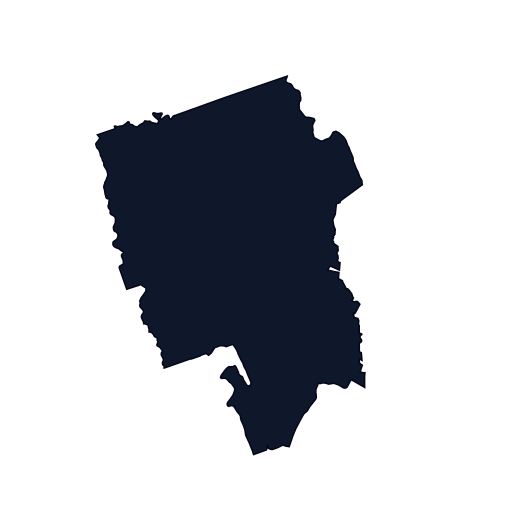 Campbelltown (NSW), New South Wales, Australia, rotated 151°
{"feature_id": "25037944B45643684874460", "entity_name": "Campbelltown (NSW)", "entity_type": "district", "adm_level": 2, "iso_a3": "AUS", "parent_name": "Australia", "parent_adm1": "New South Wales", "projection": "robinson", "projection_center": [150.89, -34.074], "detail": "fine", "context": "isolated", "style": "filled", "palette": "ink", "viewbox_px": 512, "rotation_deg": 151, "n_neighbors": 0, "source": "geoboundaries", "source_scale": "gbopen_adm2", "svg_char_len": 6138}
<svg xmlns="http://www.w3.org/2000/svg" viewBox="0 0 512 512"><g transform="rotate(151 256 256)"><path d="M128.4,266.8L128.4,267.1L126.8,270.8L126.9,274.9L126.1,279.8L125.9,284.3L125.1,289.9L125.1,291.6L123.7,294.3L123.3,295.8L122.7,302.1L122.1,306.0L122.2,308.1L121.4,312.7L121.3,314.5L121.6,317.5L123.6,323.2L124.4,324.6L125.7,326.4L128.5,326.9L129.1,326.6L130.5,325.5L132.3,324.5L134.5,323.6L135.3,323.6L139.1,324.3L141.0,324.2L142.2,324.4L143.7,325.3L145.0,327.1L147.5,331.0L147.6,331.9L146.6,336.4L144.9,338.8L143.7,342.1L142.4,343.6L141.0,344.5L140.3,345.2L138.9,345.9L138.6,347.2L138.7,347.8L138.9,348.3L140.1,349.5L142.7,351.7L144.8,353.0L145.3,353.5L145.7,354.4L147.0,362.6L146.7,363.8L145.5,366.5L144.0,368.9L143.2,369.8L141.8,370.2L140.8,371.4L139.9,373.3L139.7,374.6L139.1,376.0L138.4,377.2L138.3,378.2L138.5,379.6L139.1,380.7L140.3,381.7L140.8,382.3L141.6,384.2L141.8,385.2L141.7,386.6L141.9,388.9L142.6,390.2L144.4,391.9L145.1,393.3L144.9,394.9L144.2,395.8L142.7,396.9L141.5,398.2L207.0,409.8L258.8,418.2L259.7,418.5L261.1,418.3L263.6,417.0L264.3,417.1L264.7,418.0L264.8,418.8L264.4,420.8L264.7,421.5L265.1,421.9L266.3,422.2L267.6,422.2L272.5,421.5L273.3,421.9L273.4,422.1L273.0,423.1L269.2,425.8L269.0,426.4L269.7,427.1L271.9,427.7L273.8,428.7L275.9,430.8L276.4,431.0L277.1,430.7L277.4,430.3L277.6,429.1L277.0,426.4L275.6,422.8L275.5,421.9L275.7,421.2L276.2,420.6L277.5,419.9L278.2,419.9L278.8,420.1L279.7,420.8L282.1,422.9L283.1,424.4L283.4,425.4L285.6,426.4L287.6,428.0L288.1,428.0L288.8,427.5L290.2,427.0L293.8,427.1L295.9,426.7L296.8,426.3L297.3,426.5L299.2,428.1L300.0,429.4L300.2,430.2L300.7,431.0L302.3,432.2L302.4,433.0L302.2,435.0L302.8,435.5L307.4,434.6L309.7,434.6L313.0,435.9L314.6,436.2L315.1,436.7L315.6,437.6L316.6,438.1L317.0,438.1L317.5,435.6L336.0,438.9L335.4,435.7L335.6,434.9L337.4,433.7L340.9,432.3L341.8,431.7L342.1,431.0L342.7,427.9L342.0,424.9L342.4,422.0L343.4,418.9L343.2,417.0L344.0,413.8L343.8,411.8L345.2,408.7L345.0,403.2L345.3,401.5L345.7,400.8L345.8,399.7L347.1,397.8L348.7,396.6L350.6,394.8L352.4,393.8L353.0,392.8L353.7,392.4L355.4,390.7L355.9,389.7L356.4,387.5L358.1,382.8L358.2,381.8L358.8,380.3L358.6,378.9L358.3,378.1L356.9,377.3L356.7,376.9L357.0,376.3L358.4,374.8L359.8,372.4L360.8,372.0L361.2,371.4L361.7,369.5L361.6,368.3L361.3,367.5L361.5,366.6L362.0,365.3L362.3,365.1L362.9,364.1L362.7,362.7L360.8,359.6L360.5,358.3L360.8,357.2L361.4,355.7L363.2,353.1L366.6,350.6L367.3,349.3L367.8,347.8L367.8,346.4L366.7,344.8L366.2,343.2L366.5,341.4L367.0,340.4L368.8,338.6L370.6,338.0L373.8,337.7L374.5,337.2L375.6,335.4L375.7,333.8L375.5,333.0L374.4,331.1L372.3,328.7L371.2,325.7L370.1,324.1L370.1,323.2L370.6,322.8L372.6,322.5L373.6,321.4L373.9,320.3L374.1,317.2L375.0,314.9L375.9,313.5L376.9,313.3L379.9,313.3L380.7,312.9L381.3,312.2L385.2,289.6L370.3,286.7L370.0,285.4L367.7,281.1L369.8,278.1L370.9,278.0L372.4,277.1L376.7,275.1L379.5,273.0L380.1,270.9L381.6,269.2L382.0,268.1L382.0,267.0L381.6,266.1L381.3,264.5L381.0,262.4L382.6,260.5L384.0,260.1L384.8,259.6L385.9,258.3L386.3,255.2L386.3,252.9L387.1,251.2L386.2,250.7L384.5,248.8L384.0,248.0L384.0,247.5L384.7,245.5L385.0,243.9L386.4,241.4L384.9,240.4L384.4,239.6L383.8,237.3L383.9,234.9L383.0,233.4L382.2,232.4L382.2,231.9L383.2,230.4L383.3,228.6L385.5,226.7L385.9,226.0L385.9,225.2L384.7,223.4L384.2,222.2L383.9,219.2L383.9,218.2L385.9,217.0L386.8,215.4L386.9,214.3L386.8,213.1L387.1,210.7L387.4,209.8L389.2,208.4L389.7,207.8L390.3,206.3L390.2,205.6L389.7,204.8L389.6,204.4L390.5,203.1L390.7,202.5L362.0,197.6L362.2,197.2L353.5,195.7L353.5,196.1L347.2,195.0L346.3,193.7L345.6,192.1L341.9,192.9L336.6,195.8L330.7,194.9L327.3,192.7L326.2,191.2L319.2,190.0L318.8,187.4L318.5,184.5L318.7,180.4L319.0,179.8L319.4,174.8L319.5,171.2L319.4,169.1L320.1,165.3L320.1,160.9L320.8,156.0L321.4,149.9L321.7,147.9L322.6,146.5L323.5,145.9L324.7,145.7L325.6,146.0L326.4,146.9L326.7,148.0L326.9,153.7L326.5,156.0L326.5,157.2L327.8,159.1L328.2,160.3L328.2,161.6L327.7,162.7L327.5,165.6L327.3,169.0L327.5,170.0L328.1,170.5L329.7,170.3L333.3,172.3L335.9,172.1L340.1,170.5L340.5,170.2L343.5,168.9L345.2,167.8L346.0,166.8L345.7,165.7L342.6,164.3L342.2,163.9L341.4,162.8L341.1,162.1L340.3,158.3L339.6,157.2L339.2,155.6L338.9,153.0L338.8,150.6L339.7,148.9L343.3,145.7L347.5,143.5L351.3,141.9L352.7,141.0L353.4,139.6L353.2,138.3L352.9,137.8L350.1,137.2L349.2,136.5L348.7,135.8L348.2,134.4L348.0,128.8L347.4,126.1L347.2,123.9L347.5,122.9L348.2,121.4L348.7,119.4L349.1,114.1L350.0,109.3L351.9,104.2L352.7,93.9L353.0,92.6L353.6,87.1L354.4,83.5L340.9,81.3L337.8,84.5L338.0,83.4L338.4,82.6L338.3,81.7L337.4,80.3L335.9,79.0L335.1,78.7L330.0,77.9L324.1,77.6L322.7,75.8L319.4,73.1L311.2,80.6L305.0,85.6L296.1,91.4L291.1,94.5L289.7,95.0L286.8,95.5L285.4,96.1L282.4,98.0L273.1,101.9L271.8,103.0L271.0,104.6L269.8,107.7L268.3,110.2L266.8,111.5L264.9,112.9L263.9,113.9L263.5,114.6L261.8,113.3L259.2,112.7L257.1,111.3L254.6,108.7L250.0,107.1L249.0,106.3L246.0,102.8L243.6,98.4L242.2,97.3L241.0,97.0L239.8,97.2L233.7,101.2L232.7,101.5L231.3,99.4L224.7,88.4L224.0,90.0L223.9,89.8L219.4,98.0L217.3,101.1L218.0,101.4L219.4,102.4L221.0,104.3L215.9,109.0L216.9,110.7L217.3,112.7L215.5,116.0L213.9,113.3L210.8,120.3L212.0,122.2L208.1,129.4L207.7,130.0L206.7,129.6L206.1,129.7L205.0,130.2L204.5,131.0L204.4,131.9L204.6,134.3L204.4,134.8L203.9,135.3L202.4,135.9L201.4,136.1L201.3,136.3L202.0,137.5L203.1,138.5L199.3,145.3L199.9,146.1L197.5,149.5L197.1,151.9L199.2,154.0L200.0,154.3L199.5,155.9L199.3,157.9L198.2,157.8L198.1,158.8L196.8,158.0L188.5,163.5L189.3,167.0L190.9,168.0L192.7,168.2L193.9,170.9L192.6,170.9L191.1,172.1L191.2,173.4L190.6,176.5L191.1,180.4L191.6,182.7L192.9,183.7L192.7,191.9L192.4,192.5L194.9,196.2L191.4,201.4L195.2,204.5L199.0,208.0L200.2,208.8L198.5,210.0L196.0,211.3L189.9,203.2L185.7,209.4L186.9,210.9L187.0,212.4L185.3,214.2L184.3,216.2L183.9,219.5L181.4,221.0L180.5,223.3L179.7,224.7L182.2,229.8L181.3,230.6L181.4,232.5L179.0,234.8L179.1,235.7L178.0,236.0L176.4,236.7L175.1,238.9L173.7,240.9L173.7,242.3L173.2,245.1L171.4,250.3L166.4,254.1L160.4,262.6L156.6,262.0L155.3,263.3L128.4,266.8Z" fill="#0f172a" stroke="#020617" stroke-width="1.5"/></g></svg>